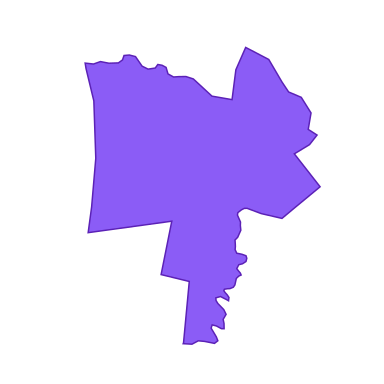 Rosario, Colonia, Uruguay (orthographic projection), rotated 9°
{"feature_id": "84410073B61411405637376", "entity_name": "Rosario", "entity_type": "district", "adm_level": 2, "iso_a3": "URY", "parent_name": "Uruguay", "parent_adm1": "Colonia", "projection": "orthographic", "projection_center": [-57.344, -34.328], "detail": "fine", "context": "isolated", "style": "filled", "palette": "violet", "viewbox_px": 384, "rotation_deg": 9, "n_neighbors": 0, "source": "geoboundaries", "source_scale": "gbopen_adm2", "svg_char_len": 1436}
<svg xmlns="http://www.w3.org/2000/svg" viewBox="0 0 384 384"><g transform="rotate(9 192 192)"><path d="M285.0,204.0L296.6,190.7L317.7,166.8L287.1,138.3L300.7,126.8L306.6,116.2L303.0,114.6L297.0,112.0L297.2,95.3L285.1,81.4L271.8,78.1L263.6,69.2L247.1,49.1L222.4,40.8L216.2,64.4L217.1,94.5L196.7,94.2L175.6,80.1L167.9,78.9L160.5,80.2L155.8,81.3L149.8,79.1L146.9,73.0L142.6,71.5L138.3,71.4L136.3,75.3L129.4,77.5L123.0,75.5L115.0,67.1L108.7,66.5L103.5,67.8L102.7,72.4L99.1,76.0L89.8,77.8L81.2,77.5L74.7,81.0L66.3,81.4L68.0,86.6L80.8,117.4L91.7,173.8L95.2,222.5L95.8,248.4L99.1,247.4L176.6,224.0L174.4,278.4L203.3,280.8L207.2,341.9L207.2,342.2L207.0,343.2L215.8,342.3L221.5,338.0L227.8,337.6L237.9,338.0L240.8,334.9L238.7,331.3L234.9,326.7L232.2,323.5L232.7,320.1L237.1,320.5L242.4,322.4L245.1,322.0L244.2,316.9L242.7,312.9L244.8,307.5L241.8,303.2L235.0,298.1L232.7,295.4L232.1,292.8L236.5,290.8L242.7,292.8L245.1,293.7L245.0,290.4L242.9,288.1L240.4,286.1L238.9,284.5L239.2,283.0L242.1,282.0L244.6,281.5L247.7,279.6L248.9,277.1L249.3,270.4L251.4,267.7L253.5,266.3L252.4,264.5L250.3,262.7L248.2,260.7L249.6,256.5L253.1,255.0L256.2,252.2L256.5,248.9L255.3,246.5L251.2,245.7L247.8,245.5L245.8,245.5L243.6,242.2L243.4,239.2L242.9,236.6L242.0,232.7L244.2,229.6L246.2,222.1L245.0,217.5L244.6,214.1L240.5,207.7L240.5,205.2L243.7,201.8L246.2,200.0L249.0,199.5L263.7,202.5L285.0,204.0Z" fill="#8b5cf6" stroke="#5b21b6" stroke-width="1.5"/></g></svg>